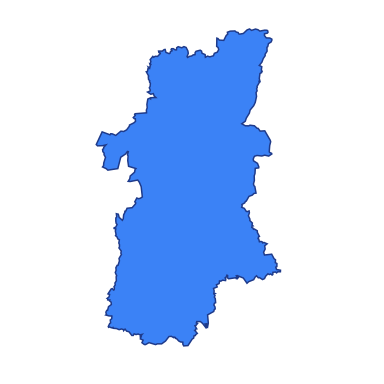 the district of Monte Escobedo, Zacatecas, Mexico, rotated 168°
{"feature_id": "50627088B79961961900141", "entity_name": "Monte Escobedo", "entity_type": "district", "adm_level": 2, "iso_a3": "MEX", "parent_name": "Mexico", "parent_adm1": "Zacatecas", "projection": "orthographic", "projection_center": [-103.457, 22.38], "detail": "fine", "context": "isolated", "style": "filled", "palette": "blue", "viewbox_px": 384, "rotation_deg": 168, "n_neighbors": 0, "source": "geoboundaries", "source_scale": "gbopen_adm2", "svg_char_len": 6004}
<svg xmlns="http://www.w3.org/2000/svg" viewBox="0 0 384 384"><g transform="rotate(168 192 192)"><path d="M267.4,269.5L275.8,258.3L274.8,256.8L269.9,255.9L266.4,256.0L269.1,254.0L269.5,252.7L270.6,252.3L270.8,250.0L269.9,248.3L270.3,246.7L269.4,243.9L272.3,238.7L273.0,236.2L274.3,235.1L271.0,232.6L269.8,230.9L259.7,230.3L254.5,240.8L249.1,243.0L246.7,245.1L245.9,244.7L247.4,241.8L247.0,240.6L248.3,236.2L248.7,230.3L242.0,226.6L243.0,225.9L244.1,223.3L249.1,220.5L250.1,217.9L252.2,215.7L250.3,215.1L242.6,215.0L241.5,212.5L240.6,207.8L241.6,197.5L243.9,196.6L245.8,196.6L247.2,197.6L250.0,194.3L249.3,193.1L249.7,192.2L253.8,189.1L258.9,189.6L260.7,187.2L261.7,187.1L261.6,186.4L263.6,183.9L264.8,180.2L266.0,178.8L268.5,182.3L268.7,185.6L270.5,186.5L270.8,183.4L271.9,182.4L272.6,179.2L272.7,177.1L272.0,175.8L273.9,173.5L275.6,173.2L275.8,172.5L274.2,171.7L275.1,169.8L275.1,166.2L275.9,165.2L274.7,163.7L274.3,161.5L273.0,160.3L274.2,157.3L273.9,155.6L274.4,153.3L275.1,152.5L273.5,149.0L274.3,146.9L274.0,145.6L277.2,142.2L277.3,139.7L279.6,135.7L280.5,135.8L282.2,133.8L282.5,131.2L283.8,129.2L283.1,125.7L283.8,124.9L284.5,120.8L286.3,119.0L286.4,117.1L288.1,115.4L287.8,114.5L288.4,112.6L289.2,112.4L290.1,114.1L291.3,113.9L295.4,109.8L293.9,108.9L294.9,106.7L297.1,105.6L296.6,105.3L296.9,104.0L294.9,103.5L295.4,102.8L294.0,101.0L294.3,98.7L297.5,97.2L299.2,93.8L299.8,94.0L300.8,93.0L301.3,91.9L301.1,90.0L301.9,89.6L298.8,88.0L296.2,87.4L296.3,86.7L296.9,84.7L298.6,83.8L298.8,80.9L299.9,80.4L301.9,77.8L301.7,77.0L300.9,77.2L299.0,75.9L297.4,75.9L297.5,75.1L294.2,74.1L291.9,72.5L289.5,72.7L287.7,71.7L287.7,70.6L286.0,71.8L284.9,69.5L282.7,68.4L280.7,64.2L279.3,63.9L278.1,65.3L276.4,64.2L274.2,64.3L272.6,63.1L270.5,63.1L272.6,61.7L272.7,60.9L271.9,61.0L273.1,59.1L270.6,57.2L272.3,55.0L270.3,52.7L269.2,52.4L265.4,53.6L259.3,50.3L257.5,50.7L253.2,49.8L248.9,51.7L244.6,55.4L242.2,55.1L240.1,53.3L239.7,53.8L238.5,53.1L238.5,52.2L237.5,51.7L236.0,49.1L234.4,47.7L232.2,47.0L232.6,45.1L232.1,43.2L227.9,42.6L222.4,48.1L220.8,48.7L219.9,50.9L218.5,50.9L218.1,51.7L216.2,52.6L218.1,56.1L217.2,56.2L216.5,57.6L215.9,57.4L216.9,60.6L215.7,60.8L213.9,62.3L215.0,63.0L214.3,64.3L210.7,63.5L209.0,61.3L206.5,56.1L205.4,56.4L206.6,60.2L205.0,60.1L204.5,57.5L203.3,60.4L202.3,68.6L195.6,70.6L194.6,72.5L193.6,72.8L193.4,74.8L194.1,76.9L193.2,78.5L191.9,78.8L191.4,82.9L192.0,84.6L191.0,86.0L191.7,87.6L190.5,87.9L191.6,88.6L190.9,90.6L191.0,93.2L187.1,93.9L187.4,96.2L184.5,96.8L183.6,99.3L182.3,98.8L180.4,99.4L177.6,98.4L177.0,99.9L177.5,101.1L176.3,101.7L175.1,103.4L174.5,102.9L175.1,100.6L174.2,99.5L166.5,99.0L166.7,98.1L165.8,97.7L164.4,98.8L165.5,99.2L166.1,100.8L165.2,100.9L159.7,97.2L157.2,91.3L155.2,92.5L149.9,93.4L148.0,95.6L146.3,96.6L145.0,94.3L143.8,94.2L141.2,91.7L139.1,92.2L137.5,94.3L134.7,96.2L133.6,95.2L132.1,95.5L130.9,94.1L130.1,94.5L129.6,96.6L127.0,96.4L126.1,95.3L124.8,96.1L122.1,95.6L121.7,97.1L125.4,98.6L125.7,101.1L124.5,101.4L123.8,104.4L125.2,105.6L124.4,108.3L125.6,109.7L127.0,114.6L134.2,115.3L134.5,118.2L132.3,121.0L132.1,124.3L129.3,125.7L132.1,127.7L133.4,127.5L133.7,128.6L134.8,129.3L136.4,129.3L136.5,132.1L137.1,132.6L136.2,134.3L135.3,134.5L136.5,138.9L136.2,140.5L138.8,142.9L139.6,142.8L139.8,144.0L140.9,144.9L140.3,146.2L139.4,146.2L140.1,147.3L139.4,149.1L141.4,152.1L141.0,153.4L141.8,157.0L140.2,159.7L140.1,161.6L142.2,161.3L143.0,161.9L144.2,165.1L146.6,166.7L145.8,168.0L145.8,169.4L142.7,170.4L141.7,171.7L140.8,171.8L137.2,175.9L133.7,176.4L131.7,177.7L129.6,177.6L129.4,184.3L130.1,185.3L130.2,187.1L128.6,190.3L127.8,194.8L126.5,197.1L125.2,202.0L121.8,201.7L121.4,202.6L122.0,206.4L125.3,209.7L125.3,211.3L124.3,213.0L123.3,214.0L120.8,214.2L116.2,212.7L113.2,212.9L109.5,211.2L106.0,212.6L106.1,213.3L107.9,214.6L108.0,215.6L106.3,221.4L104.6,224.8L104.7,226.3L108.1,236.7L112.7,237.4L114.1,240.5L115.1,240.8L117.2,243.8L121.4,245.3L122.8,244.9L126.1,245.7L129.1,248.4L125.2,250.1L123.5,253.0L119.5,257.2L118.1,260.1L113.7,263.6L111.5,266.5L109.0,272.1L108.7,275.9L107.3,277.4L107.3,279.7L106.5,280.6L106.4,281.8L103.2,285.4L103.4,286.2L102.5,285.9L102.6,289.0L100.9,293.8L99.1,294.3L99.3,295.0L98.3,295.5L98.8,296.9L97.7,300.1L99.9,301.8L96.7,304.4L94.5,307.8L92.1,310.1L91.9,311.5L89.3,314.1L88.6,318.0L87.7,318.4L86.4,321.2L83.4,322.3L82.3,323.9L82.1,324.9L83.8,326.4L87.3,327.3L88.6,329.9L88.2,331.7L85.3,331.7L84.5,332.3L84.4,333.8L85.0,334.6L87.2,335.2L92.2,335.3L93.7,337.0L96.0,338.2L100.1,337.7L101.8,339.5L104.4,339.1L108.8,336.4L112.5,336.5L113.3,336.9L113.7,338.4L115.4,339.2L116.5,340.6L121.2,341.4L124.2,340.9L124.2,339.0L126.0,338.0L129.4,333.7L133.7,334.9L134.7,336.7L135.7,337.3L137.6,329.3L136.4,327.9L136.3,325.7L138.2,323.5L141.3,323.0L142.7,320.8L146.5,320.5L148.6,321.7L150.9,321.0L150.6,323.7L153.3,325.6L153.4,327.9L154.5,329.0L158.8,328.8L159.9,327.8L160.5,325.7L162.3,325.9L164.1,325.1L166.2,325.2L168.3,324.5L168.7,325.4L166.8,328.4L166.7,330.8L167.7,334.6L169.7,335.9L172.0,335.2L175.3,337.0L177.0,336.3L177.6,334.3L178.9,334.5L180.5,336.1L182.2,336.4L182.8,335.8L182.2,334.3L183.8,333.9L184.7,332.3L185.6,332.1L188.5,334.0L188.6,337.0L189.6,337.1L191.8,336.0L195.4,336.8L195.4,335.3L194.1,334.5L194.2,334.0L197.5,331.8L199.7,332.4L201.5,331.8L202.1,332.8L205.4,330.2L205.1,328.3L206.1,326.4L205.6,324.6L206.6,325.7L206.5,324.4L207.4,322.5L207.7,323.6L207.9,322.5L208.7,323.2L208.5,322.5L209.0,322.3L208.6,321.7L209.5,321.6L210.6,319.1L211.7,319.1L210.3,314.4L210.8,313.8L211.1,311.1L210.2,309.5L210.7,308.6L210.1,307.0L211.0,304.0L212.1,302.8L211.6,300.5L212.0,299.5L214.7,299.0L212.0,296.2L209.4,296.3L209.0,293.8L207.7,291.9L212.7,292.8L213.1,291.7L213.8,292.6L215.9,292.1L217.9,287.1L218.3,283.7L219.6,281.6L220.0,278.9L231.4,280.4L232.0,279.8L231.6,278.7L234.0,277.0L233.2,275.7L232.2,275.4L232.6,272.8L234.6,271.7L239.2,270.5L239.6,269.4L243.0,266.4L246.2,265.4L248.9,266.3L254.8,263.2L257.8,265.4L259.4,265.9L260.3,265.0L267.4,269.5Z" fill="#3b82f6" stroke="#1e3a8a" stroke-width="1.5"/></g></svg>